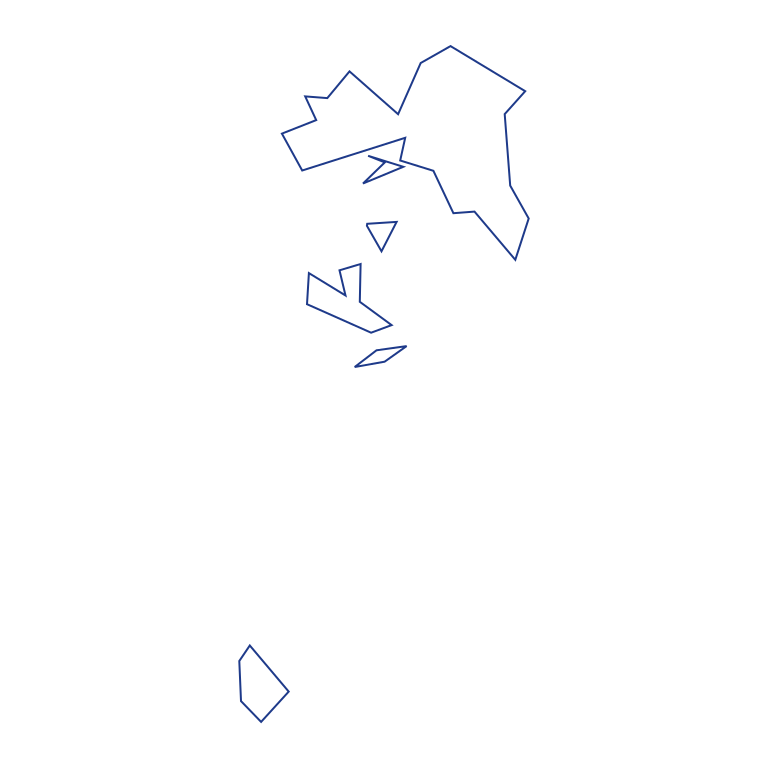 an SVG outline of Attiki
{"feature_id": "GRC-2884", "entity_name": "Attiki", "entity_type": "Region", "adm_level": 1, "iso_a3": "GRC", "parent_name": "Greece", "parent_adm1": "", "projection": "mercator", "projection_center": [23.522, 37.086], "detail": "coarse", "context": "isolated", "style": "outline", "palette": "blue", "viewbox_px": 768, "rotation_deg": 0, "n_neighbors": 0, "source": "natural_earth", "source_scale": "10m", "svg_char_len": 725}
<svg xmlns="http://www.w3.org/2000/svg" viewBox="0 0 768 768"><path d="M450.5,46.1L525.2,91.2L504.7,114.1L510.2,185.6L528.7,218.5L515.3,259.8L474.5,211.6L453.4,213.2L433.4,170.8L400.2,160.5L405.2,137.8L302.2,170.5L281.9,133.6L316.2,120.1L305.2,96.4L327.3,98.1L349.5,71.4L398.1,114.2L420.7,63.0L450.5,46.1ZM308.9,273.1L345.5,295.5L339.5,270.3L360.6,264.0L359.8,301.8L391.6,325.1L371.1,332.7L307.0,304.2L308.9,273.1ZM249.8,645.5L288.7,691.6L261.1,721.9L241.0,701.1L239.3,661.0L249.8,645.5ZM363.0,183.5L384.8,162.4L368.1,155.8L403.3,166.8L363.0,183.5ZM396.6,221.9L381.5,251.3L366.9,225.8L367.2,223.8L396.6,221.9ZM406.6,346.1L384.6,361.7L354.7,367.0L376.5,350.3L406.6,346.1Z" fill="none" stroke="#1e3a8a" stroke-width="2"/></svg>